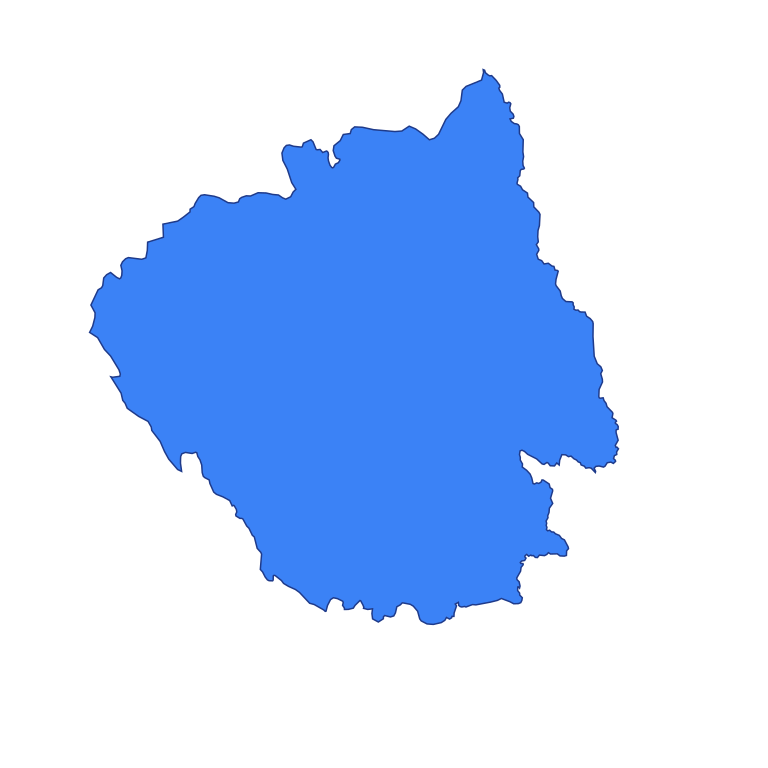 Fandriana, Amoron'i Mania, Madagascar, rotated 333°
{"feature_id": "10022922B23434626058692", "entity_name": "Fandriana", "entity_type": "district", "adm_level": 2, "iso_a3": "MDG", "parent_name": "Madagascar", "parent_adm1": "Amoron'i Mania", "projection": "robinson", "projection_center": [47.379, -20.289], "detail": "fine", "context": "isolated", "style": "filled", "palette": "blue", "viewbox_px": 768, "rotation_deg": 333, "n_neighbors": 0, "source": "geoboundaries", "source_scale": "gbopen_adm2", "svg_char_len": 6171}
<svg xmlns="http://www.w3.org/2000/svg" viewBox="0 0 768 768"><g transform="rotate(333 384 384)"><path d="M397.9,131.9L395.4,138.8L395.4,148.6L393.2,162.7L393.9,170.5L390.2,171.7L385.9,174.8L380.4,174.7L378.1,172.0L375.8,167.7L370.9,164.6L365.7,160.3L358.6,156.4L350.4,155.9L346.7,153.8L342.0,153.1L339.6,153.4L336.9,155.7L332.5,154.8L327.3,151.6L321.7,143.3L317.9,139.6L310.0,133.9L306.6,132.8L303.5,133.8L297.7,137.4L295.2,139.7L290.6,140.2L289.3,142.6L280.7,144.3L274.1,145.2L259.6,141.2L254.1,153.1L237.8,150.3L233.7,157.6L229.1,163.5L224.8,162.9L213.6,155.3L210.6,155.1L206.5,156.4L203.4,158.8L202.0,164.2L199.7,168.1L197.6,170.0L196.1,170.2L194.2,167.6L191.0,160.5L186.5,160.7L182.4,162.3L178.1,168.6L176.0,170.0L172.0,170.3L158.7,180.6L158.9,189.4L156.6,193.5L150.7,200.2L145.1,204.4L149.9,212.6L150.6,226.3L153.1,235.0L154.3,251.0L153.6,255.4L152.1,257.2L145.3,254.8L143.9,253.6L145.6,272.8L143.8,280.0L144.6,283.6L144.2,289.1L150.7,301.5L156.8,310.2L157.1,316.6L156.0,320.0L158.5,333.5L157.8,344.5L158.1,353.2L161.3,366.5L164.0,370.0L166.7,362.2L168.6,358.6L170.0,356.2L172.2,354.4L176.0,354.8L181.5,358.8L185.2,359.3L186.0,360.3L185.2,364.1L185.6,368.0L184.8,373.5L181.8,380.4L181.1,384.1L181.7,385.9L184.7,390.1L183.7,393.6L183.2,403.0L184.6,406.2L189.3,411.5L193.6,417.8L193.4,423.7L195.0,423.9L195.3,424.6L195.5,428.8L194.7,431.2L192.6,432.9L192.2,434.4L194.6,438.3L196.3,439.2L197.0,440.3L197.2,448.2L198.2,451.3L198.0,459.0L199.0,461.4L196.4,472.9L197.8,478.0L197.7,480.0L189.6,493.1L190.5,496.3L190.5,502.1L191.2,505.6L192.3,507.1L195.4,508.8L196.3,508.3L198.2,504.7L199.1,504.5L200.1,505.3L203.4,512.6L204.0,516.1L207.0,520.9L211.8,526.9L214.1,531.4L218.2,545.6L221.7,548.8L227.7,557.9L228.4,559.9L229.2,560.1L233.1,555.7L238.5,551.8L241.9,551.5L245.1,554.1L248.6,558.8L248.4,560.3L246.6,562.4L247.0,565.5L246.4,566.9L249.8,568.6L254.9,569.8L257.7,568.1L264.3,566.0L264.8,566.6L264.9,571.1L264.7,573.7L263.9,574.6L267.2,577.5L271.7,579.1L269.0,583.1L267.2,588.1L270.9,593.5L276.8,592.9L277.8,591.2L279.5,590.6L284.0,594.5L287.4,595.1L290.3,593.1L294.3,588.3L298.3,588.2L300.9,587.3L301.7,587.8L307.4,592.2L309.3,595.3L310.8,601.7L309.2,609.5L309.6,612.0L313.4,617.3L318.8,620.6L326.7,622.6L330.9,622.2L333.7,620.4L335.7,623.2L338.1,623.0L339.1,621.9L340.8,622.8L342.5,619.9L347.9,614.6L347.6,612.4L351.1,612.3L350.1,615.2L350.8,616.9L352.1,618.0L354.8,618.8L355.8,619.9L362.7,620.7L365.6,622.5L379.9,626.7L386.8,628.3L391.2,628.4L397.3,635.1L399.8,638.7L404.1,640.7L406.6,640.9L408.6,639.4L410.2,637.2L409.1,633.7L409.9,631.9L409.3,628.7L411.0,625.6L411.8,625.9L412.1,627.4L413.5,625.8L414.6,621.6L413.7,618.7L414.2,617.1L420.7,612.8L422.9,609.6L426.0,608.2L426.3,607.1L424.4,606.0L424.4,604.9L426.2,604.2L429.2,605.1L431.5,603.6L431.0,601.9L431.8,601.0L433.8,600.6L434.7,603.1L437.2,603.1L437.7,604.1L439.3,604.7L440.1,607.2L441.9,608.3L444.8,607.0L449.1,609.8L451.7,609.8L453.9,608.9L455.2,611.1L461.3,614.0L462.8,617.1L466.5,619.2L468.7,619.6L471.0,615.5L473.6,614.5L474.1,612.8L474.0,604.8L472.1,602.2L471.5,598.5L468.7,595.2L468.0,593.0L466.1,591.8L465.2,589.5L463.2,589.1L462.6,587.5L464.1,585.7L464.3,583.6L465.7,582.0L466.2,579.7L469.4,577.6L470.0,575.8L472.7,573.4L475.0,569.7L480.1,567.0L480.5,561.4L485.8,555.8L486.3,554.3L484.9,551.7L485.8,548.1L482.3,541.9L481.2,541.2L479.4,542.7L476.8,542.9L475.2,541.4L472.6,541.4L471.6,540.3L473.0,534.8L473.3,530.6L471.9,525.6L469.5,520.8L471.1,518.1L470.9,513.6L472.2,511.1L472.6,508.5L474.8,505.4L476.9,505.6L478.6,507.9L480.1,511.9L486.0,520.0L488.6,527.0L490.1,528.3L493.6,527.9L494.4,529.1L495.0,532.3L498.7,534.4L502.1,532.8L503.3,535.7L505.9,531.7L510.4,527.7L513.7,529.6L515.4,532.5L517.9,533.1L519.3,536.9L521.0,539.1L521.7,541.6L523.2,543.2L522.9,545.6L525.2,548.2L525.6,550.6L528.8,551.7L530.4,553.1L532.1,558.8L532.9,557.9L533.0,554.4L535.4,553.6L538.4,554.7L541.9,557.7L543.6,557.6L547.2,555.5L550.7,556.6L552.3,558.9L555.2,558.1L555.5,557.0L554.7,554.7L556.8,552.4L559.4,552.5L560.4,550.1L563.5,548.2L562.9,546.0L562.0,545.8L562.2,543.7L567.1,540.4L568.7,532.8L569.6,530.9L570.3,530.2L572.0,530.6L573.4,528.2L573.3,526.0L572.3,524.2L572.7,523.2L574.3,522.7L574.2,521.5L571.9,517.6L574.5,514.3L574.7,513.0L572.4,505.5L573.1,502.0L572.5,498.7L573.0,495.8L570.1,494.8L569.5,494.0L569.7,492.7L573.2,486.5L579.6,481.4L580.7,478.9L581.8,473.2L584.7,471.1L585.0,467.1L583.2,462.8L583.9,454.7L591.7,436.7L597.8,425.1L598.3,423.1L597.4,419.3L595.3,415.6L595.8,411.2L592.2,409.3L591.1,408.3L590.5,406.2L588.4,405.3L587.2,403.6L588.5,401.6L588.5,399.3L589.4,397.5L588.9,396.2L583.5,393.1L581.8,388.8L582.0,385.8L583.2,381.2L582.0,374.5L582.3,372.7L584.7,369.0L590.4,362.6L590.2,361.7L588.1,360.1L588.8,356.4L587.2,355.1L585.2,351.0L581.1,349.7L580.5,345.7L578.1,342.8L578.9,337.7L582.6,335.2L583.2,333.9L583.0,329.0L586.0,327.4L587.8,322.6L590.9,317.2L594.4,313.4L600.0,303.7L600.0,301.3L597.9,294.2L599.7,290.2L597.1,282.8L598.5,279.0L595.6,273.8L595.5,269.8L593.5,266.7L593.7,265.4L596.1,262.7L596.7,261.0L599.5,260.1L602.3,255.7L603.8,255.1L606.2,255.9L607.1,255.4L607.1,252.5L608.8,248.4L611.6,244.8L613.1,240.3L619.0,229.5L618.4,222.3L621.5,216.0L621.4,214.0L620.4,212.6L618.3,211.1L616.6,207.8L616.6,205.0L619.9,205.9L621.2,204.6L621.6,202.2L620.4,198.3L621.4,195.0L624.2,191.9L624.0,190.5L623.0,189.5L621.3,189.7L619.0,187.5L621.1,179.4L620.3,174.8L620.6,172.5L621.9,172.2L622.7,170.4L621.8,164.4L619.9,158.1L618.1,157.4L617.1,156.0L615.7,152.7L616.1,150.1L615.1,148.9L614.1,151.7L608.9,157.5L592.3,156.1L587.2,157.7L581.2,166.5L576.1,170.7L566.7,173.2L559.2,176.3L546.0,186.3L540.5,187.9L535.3,187.0L532.2,179.2L528.0,171.1L523.5,165.7L514.7,166.7L508.3,164.0L490.2,152.7L481.4,145.5L474.6,141.6L470.4,142.5L467.6,145.5L461.0,143.2L455.5,147.3L447.6,149.0L444.7,153.0L443.8,158.7L444.1,161.2L446.7,163.7L446.3,164.6L443.8,166.1L440.5,166.0L437.6,168.0L436.4,168.1L435.7,167.3L435.2,164.6L435.8,160.1L436.8,157.1L438.7,154.3L439.3,152.5L439.1,151.1L438.5,150.3L434.5,149.9L433.5,146.0L430.8,145.0L430.0,144.2L430.7,136.0L429.8,133.2L421.6,132.8L418.9,135.5L417.7,135.3L411.3,131.1L408.3,128.1L405.3,127.1L402.2,128.2L397.9,131.9Z" fill="#3b82f6" stroke="#1e3a8a" stroke-width="1.5"/></g></svg>